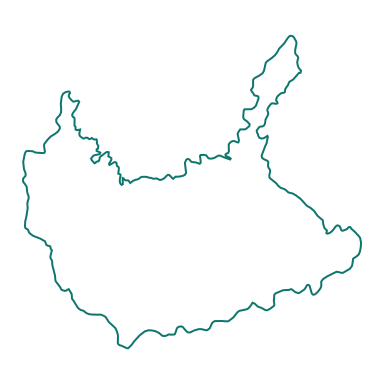 Lago De Atitlan, Sololá, Guatemala (Robinson projection), rotated 180°
{"feature_id": "79465075B18487207511943", "entity_name": "Lago De Atitlan", "entity_type": "district", "adm_level": 2, "iso_a3": "GTM", "parent_name": "Guatemala", "parent_adm1": "Sololá", "projection": "robinson", "projection_center": [-91.2, 14.679], "detail": "fine", "context": "isolated", "style": "outline", "palette": "teal", "viewbox_px": 384, "rotation_deg": 180, "n_neighbors": 0, "source": "geoboundaries", "source_scale": "gbopen_adm2", "svg_char_len": 5959}
<svg xmlns="http://www.w3.org/2000/svg" viewBox="0 0 384 384"><g transform="rotate(180 192 192)"><path d="M262.7,38.4L257.2,35.8L255.7,35.8L252.2,39.3L249.9,42.6L244.3,48.7L239.2,52.6L235.8,53.7L232.6,53.6L228.8,52.9L224.9,51.0L221.8,48.3L220.4,48.0L218.3,48.1L215.2,49.6L212.7,49.3L209.8,49.5L209.0,50.1L207.1,55.6L206.4,56.5L205.0,57.3L202.8,57.6L201.4,57.1L197.9,53.1L196.3,51.7L195.0,51.5L193.8,51.6L189.7,53.6L185.2,54.9L182.7,54.9L177.7,53.7L176.5,54.0L174.2,55.8L172.0,60.8L170.8,62.0L169.2,62.9L162.2,63.0L156.7,62.6L155.2,63.1L150.7,66.5L146.7,71.6L144.8,73.1L137.0,74.8L135.6,75.7L133.9,77.5L131.4,81.3L129.2,80.3L126.2,77.4L122.8,76.2L118.4,73.8L116.9,73.7L113.8,75.3L110.1,78.1L109.6,79.5L110.2,83.2L109.6,89.4L108.3,90.7L100.9,93.8L94.7,94.1L93.4,94.8L92.3,94.7L88.9,92.0L85.8,90.9L84.6,91.1L80.0,94.3L79.0,95.3L77.0,98.8L75.6,99.2L74.4,98.2L72.2,90.5L70.9,89.3L69.3,89.5L67.4,91.0L65.5,93.0L63.5,95.8L62.9,97.4L62.7,99.0L62.8,102.3L61.4,104.4L60.1,105.5L56.5,107.8L47.8,112.1L46.2,112.1L42.3,111.1L40.8,111.3L34.3,115.1L32.4,117.4L31.8,118.9L30.8,125.4L27.3,127.7L25.2,129.6L24.1,132.4L23.2,136.9L23.0,141.6L23.8,145.6L24.2,146.6L25.3,148.0L29.2,152.2L32.2,154.8L33.9,157.0L35.4,156.8L36.7,155.2L37.9,154.5L41.0,153.3L42.1,153.4L42.9,154.1L43.9,157.2L45.4,158.4L46.8,158.6L48.3,157.6L51.1,153.7L53.8,151.3L56.4,150.3L57.6,150.8L57.1,153.5L59.3,155.7L59.8,156.7L60.8,160.1L61.2,163.7L66.5,168.2L69.6,172.7L70.8,173.9L73.9,176.4L76.1,177.6L77.5,178.6L83.4,185.1L88.3,188.8L91.1,190.4L95.7,191.6L98.1,193.9L99.6,194.9L103.1,196.1L104.0,196.7L106.1,198.5L107.6,200.6L113.7,205.5L114.6,206.7L114.7,208.8L113.9,212.0L113.9,213.9L115.7,216.8L116.0,218.7L115.7,221.9L116.6,223.2L120.4,224.9L122.0,226.3L122.4,228.3L118.7,238.1L117.4,240.7L116.6,245.3L116.1,246.8L116.6,248.1L119.5,246.2L121.0,245.6L122.7,245.5L124.5,246.1L125.7,248.1L126.1,249.8L127.1,251.8L127.3,253.5L124.9,256.8L123.7,257.4L121.5,257.6L119.9,258.5L118.9,260.9L118.5,264.3L115.8,269.6L115.9,271.5L116.6,273.2L116.6,274.5L116.1,275.9L114.2,278.7L113.3,279.8L111.9,280.7L107.5,280.2L106.5,280.8L106.8,282.1L107.8,283.4L107.8,284.8L107.0,286.9L105.8,288.4L103.4,290.4L102.1,291.1L100.5,291.1L99.2,291.8L98.7,294.9L97.6,296.8L96.3,298.4L94.6,302.2L90.8,304.5L85.0,311.1L83.5,311.1L83.0,313.3L85.1,315.9L86.0,317.7L86.5,319.9L86.8,321.9L85.8,326.2L86.2,327.5L88.3,329.8L88.8,331.0L88.8,334.1L87.5,340.6L87.8,342.5L89.9,346.3L91.0,347.5L92.0,348.1L93.3,348.2L94.7,347.7L96.6,345.5L99.7,340.7L104.9,335.3L107.0,331.4L109.1,328.7L112.0,326.2L117.3,322.4L118.3,321.0L120.0,313.3L121.3,310.9L124.8,308.3L128.7,306.3L130.2,305.1L130.9,304.0L130.9,297.8L131.3,296.5L133.0,294.1L132.1,292.3L131.1,291.3L129.6,288.6L126.3,287.9L125.4,286.8L125.7,284.8L128.0,278.4L129.5,276.7L132.4,274.8L139.5,274.7L140.3,273.0L140.8,266.6L140.0,264.8L136.7,262.4L134.3,259.7L134.7,257.9L137.7,255.3L139.1,254.6L143.8,254.6L145.8,251.6L146.4,250.0L145.2,244.5L145.1,243.3L145.6,241.6L146.6,241.6L149.3,242.8L150.8,243.0L152.9,242.3L154.8,240.4L155.3,239.2L155.1,232.4L156.0,231.0L157.6,230.4L158.6,229.3L158.0,228.0L154.5,226.4L153.3,225.4L153.9,224.5L160.6,226.9L163.9,228.4L165.8,228.3L169.7,226.1L171.6,225.5L174.0,225.4L175.5,225.7L177.9,228.7L179.5,229.1L183.4,229.0L184.0,228.0L183.3,222.5L183.5,220.9L184.3,220.2L188.3,221.6L192.3,222.0L193.6,223.1L194.5,224.5L196.4,225.1L197.8,224.2L199.1,221.1L197.9,210.9L199.2,209.1L200.8,208.3L204.5,207.4L208.5,207.3L210.8,205.2L211.8,205.9L214.0,208.4L214.8,209.0L215.9,209.2L217.0,208.6L219.6,205.9L221.9,204.5L223.5,204.1L224.6,204.1L226.0,205.0L227.6,205.6L230.5,205.2L233.4,206.2L234.9,206.3L236.3,206.8L238.4,207.2L241.3,207.2L242.9,206.9L246.0,204.7L248.6,204.2L251.2,203.0L253.7,201.0L255.6,203.5L258.5,203.7L259.5,204.2L260.2,205.4L261.3,205.9L261.2,199.7L262.4,199.1L263.2,199.8L263.9,201.0L264.2,202.7L264.2,204.5L263.4,209.1L264.2,209.9L265.7,210.3L265.1,216.0L265.6,217.1L266.8,217.8L267.4,219.4L267.4,220.9L268.4,221.9L269.8,221.8L273.6,219.4L274.5,219.1L275.0,220.3L272.9,223.7L272.6,224.7L272.7,226.0L275.7,227.7L275.2,231.7L276.6,232.1L277.8,231.7L283.3,227.6L284.3,226.4L284.7,223.8L285.6,222.6L286.7,222.6L287.8,222.1L288.5,221.1L289.5,220.7L292.5,224.2L292.9,225.5L291.1,227.8L289.8,228.7L284.2,229.9L283.7,231.4L287.4,233.1L287.3,234.7L286.2,235.2L285.7,236.9L285.7,238.2L287.1,240.5L287.1,243.5L287.6,244.7L289.7,244.4L292.2,246.0L293.1,245.3L294.7,244.8L296.5,246.2L297.9,246.4L300.7,245.4L303.0,247.0L304.2,248.2L304.6,249.2L304.6,250.9L303.9,254.5L306.8,253.8L308.4,254.4L308.5,257.2L309.5,258.3L309.4,264.6L309.7,266.3L311.1,267.2L311.9,268.7L311.3,270.7L308.0,275.0L304.8,282.1L305.7,283.3L307.5,283.1L310.3,282.3L311.4,282.8L313.5,284.9L314.9,286.8L315.3,288.0L314.9,289.6L314.0,290.9L314.6,292.4L316.2,292.4L318.3,291.9L320.8,290.4L322.3,287.4L323.2,280.4L322.8,273.9L323.0,271.7L324.0,269.1L326.7,266.2L327.8,264.5L327.7,262.3L327.1,261.1L324.2,257.3L324.2,255.3L326.0,252.5L328.9,250.2L333.3,247.5L336.5,244.2L339.7,240.0L340.0,238.4L339.1,232.5L339.5,231.3L340.9,230.9L348.1,231.4L349.7,231.9L351.0,232.7L356.4,233.1L357.8,232.7L358.6,231.6L359.3,229.8L360.8,222.1L360.0,214.8L358.8,211.9L358.3,209.5L358.6,207.9L360.7,205.7L361.0,203.7L360.8,202.1L358.8,199.6L357.3,197.2L356.8,191.8L355.3,187.2L355.4,185.3L356.4,182.4L356.7,180.0L356.3,176.0L357.8,166.3L358.7,163.2L359.1,157.6L358.5,155.8L356.0,154.3L354.9,151.4L353.0,149.7L350.5,148.0L344.0,145.5L339.0,142.7L337.6,139.1L336.2,138.3L334.3,138.0L333.5,136.8L333.2,134.9L332.1,133.7L333.4,128.7L333.6,126.7L333.3,125.5L332.2,123.8L331.9,122.8L331.6,118.6L329.0,108.5L328.6,103.7L328.0,102.3L323.6,96.6L323.0,94.9L321.9,93.9L319.1,93.1L317.5,93.5L316.7,94.3L315.2,94.8L312.3,89.9L312.0,85.3L310.3,83.0L306.6,76.9L305.0,75.1L303.3,74.1L300.5,73.2L297.6,70.9L294.8,69.8L290.8,69.4L282.9,69.3L280.1,68.1L278.4,67.0L275.1,61.9L268.8,56.1L267.7,54.2L266.3,49.9L266.0,47.9L266.2,41.9L266.0,40.3L265.2,39.3L263.8,38.6L262.7,38.4Z" fill="none" stroke="#0f766e" stroke-width="2"/></g></svg>